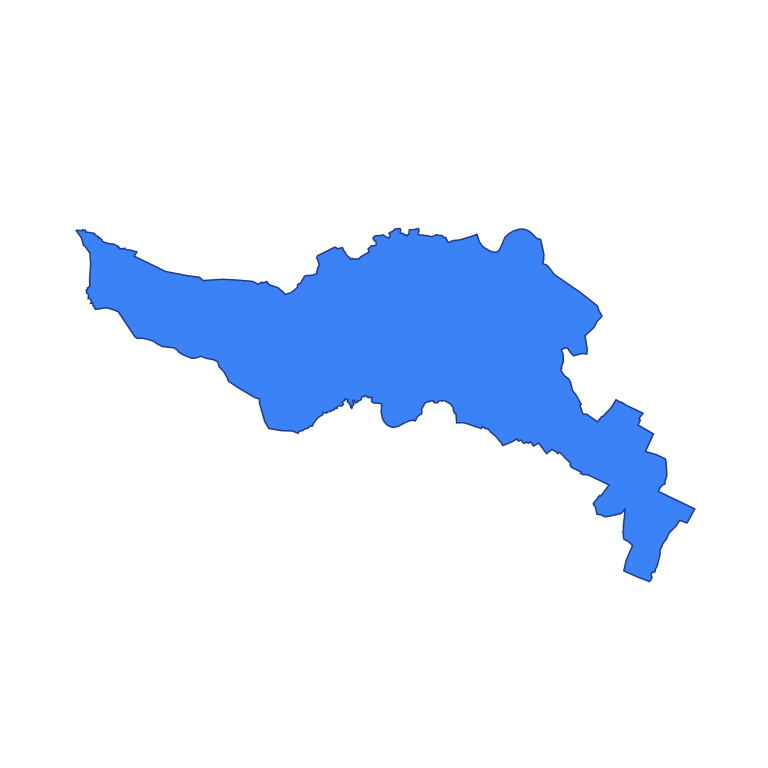 Ban Pho, Chachoengsao, Thailand (orthographic projection), rotated 186°
{"feature_id": "78962969B2229675386212", "entity_name": "Ban Pho", "entity_type": "district", "adm_level": 2, "iso_a3": "THA", "parent_name": "Thailand", "parent_adm1": "Chachoengsao", "projection": "orthographic", "projection_center": [101.082, 13.626], "detail": "fine", "context": "isolated", "style": "filled", "palette": "blue", "viewbox_px": 768, "rotation_deg": 186, "n_neighbors": 0, "source": "geoboundaries", "source_scale": "gbopen_adm2", "svg_char_len": 6140}
<svg xmlns="http://www.w3.org/2000/svg" viewBox="0 0 768 768"><g transform="rotate(186 384 384)"><path d="M493.9,327.7L480.6,326.9L470.4,327.7L464.3,326.0L463.2,328.3L460.1,329.0L458.5,330.7L455.6,331.8L454.5,332.6L453.0,334.7L451.7,334.4L450.8,334.7L449.8,337.8L446.4,343.4L441.6,347.3L441.7,349.4L438.1,349.0L436.8,350.7L435.0,350.8L434.4,351.5L433.4,351.7L432.7,352.8L430.8,353.0L430.3,354.9L428.1,354.8L428.1,356.6L427.6,357.2L426.2,357.7L424.2,357.5L423.3,358.1L422.2,359.8L423.6,361.4L422.8,362.5L421.4,363.3L421.1,365.3L420.3,365.2L419.5,364.5L418.1,364.7L417.9,364.0L418.6,363.0L418.3,362.1L416.2,361.2L416.2,360.2L415.2,359.3L414.7,357.3L413.6,356.4L413.2,357.0L413.4,359.2L412.2,359.8L411.8,360.6L413.4,363.8L413.1,364.8L411.4,364.7L411.4,363.5L410.4,362.2L408.5,363.1L408.2,364.6L406.7,364.8L405.6,365.6L404.7,367.3L405.0,368.8L403.8,369.5L402.2,369.3L401.5,370.6L399.7,370.0L399.3,369.2L397.9,368.7L395.9,369.4L394.2,369.4L394.0,368.9L394.8,367.7L394.6,365.9L394.3,365.2L392.4,364.0L387.3,364.4L384.3,363.9L383.8,355.5L381.8,349.4L379.9,346.5L377.3,344.1L375.4,343.0L372.5,342.0L370.2,341.8L365.6,343.3L358.2,348.3L354.6,350.2L351.7,350.9L349.0,350.6L347.4,354.9L345.3,357.1L343.6,358.1L343.4,360.5L344.0,362.6L342.9,365.7L342.2,366.3L342.3,367.0L341.3,369.2L340.1,370.2L334.6,372.3L333.8,372.1L333.1,372.6L332.2,370.7L328.6,370.9L327.2,373.5L325.3,373.4L324.7,372.9L323.6,373.8L321.3,373.6L320.2,372.9L319.1,372.9L318.1,371.9L316.9,371.7L315.9,371.1L312.9,368.0L312.4,367.2L312.6,365.8L310.6,362.1L309.3,362.0L307.7,352.9L302.2,353.7L299.0,353.6L282.5,349.9L281.3,352.1L278.4,350.1L277.6,350.5L275.1,349.7L273.7,348.0L266.9,343.3L263.1,339.3L262.4,339.2L259.4,335.2L250.6,339.9L246.2,343.2L244.4,341.2L242.0,342.7L238.8,339.5L237.5,340.5L236.4,340.4L235.6,341.1L234.2,340.2L232.3,341.8L228.8,338.0L224.0,341.4L215.0,331.7L210.2,336.4L205.2,334.3L204.6,333.9L204.8,333.5L203.8,333.0L203.1,334.2L202.4,334.3L199.0,332.3L197.1,330.2L189.9,324.5L190.6,322.9L189.0,321.6L189.2,320.9L179.1,317.1L179.3,315.7L176.3,314.6L173.8,315.1L171.0,314.7L149.6,307.1L156.8,295.0L157.9,295.7L163.4,286.9L162.7,285.3L161.6,284.8L160.9,283.8L158.6,276.8L154.4,276.6L150.6,275.0L144.8,276.5L135.6,279.6L133.9,280.9L131.4,284.7L131.0,281.5L131.1,267.2L130.6,265.0L130.9,262.5L129.6,255.6L129.0,254.6L124.1,252.6L119.9,249.4L124.7,234.1L126.0,223.2L111.2,218.4L99.5,215.3L98.0,217.2L97.4,219.1L97.4,220.3L98.5,222.0L98.4,223.2L97.5,224.8L94.9,225.3L94.8,227.8L93.4,231.5L91.7,243.0L92.0,248.3L90.9,250.6L90.1,254.3L87.1,259.0L84.8,265.8L78.5,273.6L75.8,278.9L74.2,279.0L68.8,277.5L67.9,277.8L61.9,292.3L100.1,305.9L98.4,309.9L96.9,312.2L94.1,314.0L94.4,316.4L93.3,321.6L93.3,323.9L95.3,335.9L96.2,338.7L97.3,339.3L106.1,342.3L116.9,344.2L110.8,362.5L127.0,369.8L125.3,374.8L126.7,375.9L126.7,376.4L123.4,382.0L140.4,388.0L146.4,390.9L146.8,390.5L151.6,392.6L155.5,384.4L163.0,374.5L164.0,374.5L167.7,368.7L179.6,375.3L182.8,374.6L186.8,383.0L185.7,384.4L191.9,393.2L195.8,397.2L197.6,402.2L198.6,403.9L198.3,404.6L200.4,407.9L204.2,410.5L204.8,410.5L205.9,411.6L210.0,416.9L208.7,418.5L209.5,419.6L207.9,424.9L209.0,432.3L211.3,436.6L208.5,438.4L206.3,439.0L205.0,438.7L202.5,435.4L198.5,431.8L190.9,434.8L188.4,435.2L185.5,434.9L185.5,439.7L188.7,451.6L189.4,452.7L181.0,462.3L178.6,468.6L174.5,473.8L174.4,474.6L177.8,479.2L180.0,484.0L198.8,495.9L226.1,510.7L233.0,518.1L235.1,519.4L238.8,520.4L238.2,523.8L238.5,529.6L243.3,544.1L247.4,544.8L253.3,549.7L257.5,551.9L261.9,552.7L266.0,552.0L271.3,549.6L275.5,546.6L279.3,542.0L281.0,535.6L283.7,528.6L285.4,527.2L288.2,526.6L292.9,527.4L300.4,531.1L304.2,535.7L307.1,542.6L312.7,539.8L324.2,535.1L330.6,533.8L334.4,531.5L335.0,531.6L338.0,536.2L339.5,535.8L341.8,537.7L344.6,537.5L347.3,538.0L350.6,536.0L352.6,535.5L356.8,536.1L358.9,535.8L360.7,536.3L363.2,535.9L364.5,536.0L365.5,536.6L365.8,537.4L365.2,539.5L365.9,542.2L370.8,540.6L374.8,540.0L375.1,539.0L374.6,537.1L376.4,533.8L377.8,534.7L380.2,534.6L380.7,535.8L383.7,535.7L383.5,539.2L384.4,540.3L388.5,539.5L390.2,538.5L391.1,536.7L392.6,536.2L394.8,534.4L393.6,533.2L393.4,531.9L393.9,530.7L395.0,529.7L398.2,530.9L400.4,532.3L402.4,531.4L407.0,530.7L408.6,530.2L410.0,528.4L410.1,527.5L408.9,525.9L406.7,524.5L406.2,521.9L408.2,520.3L410.7,520.3L413.9,516.8L412.9,513.6L420.3,508.1L422.3,505.8L426.6,505.1L428.7,505.6L430.6,504.5L431.5,506.2L433.5,507.3L435.3,508.9L436.0,510.4L438.0,512.5L439.5,515.3L444.2,513.7L447.0,515.1L463.5,504.6L464.1,502.4L463.0,500.8L460.8,495.4L462.2,492.3L462.0,490.6L462.6,488.9L462.4,486.8L466.3,484.8L473.2,483.5L474.4,482.7L477.8,475.2L479.4,474.6L480.4,473.6L480.1,471.5L482.1,468.9L486.2,465.0L491.8,462.8L493.8,464.9L499.6,468.7L507.8,470.6L509.8,471.7L511.1,473.7L515.4,471.7L516.0,472.5L516.6,472.3L520.5,469.7L521.6,471.0L525.7,472.3L541.3,472.0L555.2,471.3L574.7,468.0L578.5,470.7L579.9,470.9L589.6,471.1L612.8,473.0L645.7,485.0L643.6,489.5L650.2,490.7L654.0,490.5L656.3,492.0L657.2,491.0L659.6,491.4L660.1,490.7L661.3,491.1L661.7,492.2L662.7,492.1L662.8,493.0L663.6,493.5L668.1,495.0L671.9,494.7L677.3,495.8L679.2,496.7L679.4,497.7L681.1,498.8L681.1,499.4L683.3,499.5L683.5,500.7L687.1,502.0L687.5,503.5L696.8,504.1L697.1,504.4L696.9,505.6L698.4,505.8L699.9,505.9L700.3,504.9L705.6,504.8L706.1,504.4L700.3,497.8L697.4,490.6L696.3,490.3L690.2,483.5L688.3,472.7L687.7,457.0L687.0,451.6L686.5,450.8L687.5,450.0L688.2,448.7L688.9,448.6L688.9,447.0L689.9,446.6L689.3,445.2L689.6,443.7L688.2,443.0L686.9,441.2L687.3,440.2L686.8,439.1L687.2,438.0L685.5,438.1L684.4,437.4L684.2,436.3L683.3,435.5L684.2,433.6L682.1,433.9L681.4,431.3L679.5,429.3L679.2,428.2L674.6,428.9L672.5,429.9L669.5,430.3L668.8,431.0L661.4,429.7L655.9,428.2L637.5,405.9L636.5,404.8L634.3,403.6L629.5,404.2L625.7,404.0L620.7,403.2L616.6,402.0L614.9,400.7L608.4,398.1L596.4,398.0L593.7,396.5L591.4,394.3L587.3,392.2L578.1,389.5L575.5,389.8L572.3,390.8L569.9,392.2L568.3,392.4L563.8,391.0L555.6,390.3L551.6,388.6L549.8,383.9L544.5,379.4L540.7,374.1L538.9,370.5L529.0,365.2L513.9,358.3L511.0,357.0L506.8,356.2L506.0,355.0L506.0,352.8L505.4,351.0L498.7,334.3L493.9,327.7Z" fill="#3b82f6" stroke="#1e3a8a" stroke-width="1.5"/></g></svg>